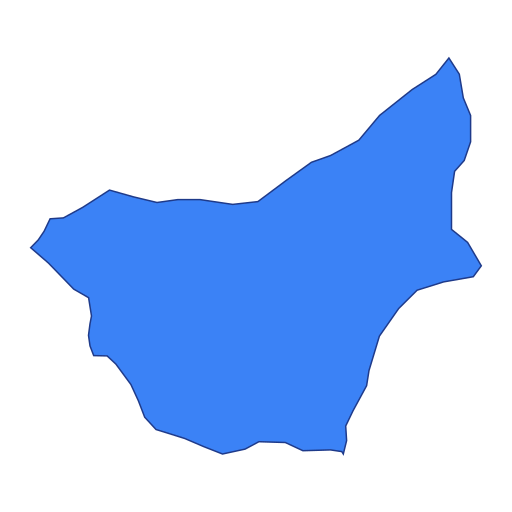 Eda, Värmland, Sweden
{"feature_id": "70781695B29968345732345", "entity_name": "Eda", "entity_type": "district", "adm_level": 2, "iso_a3": "SWE", "parent_name": "Sweden", "parent_adm1": "Värmland", "projection": "natural_earth1", "projection_center": [12.201, 59.829], "detail": "fine", "context": "isolated", "style": "filled", "palette": "blue", "viewbox_px": 512, "rotation_deg": 0, "n_neighbors": 0, "source": "geoboundaries", "source_scale": "gbopen_adm2", "svg_char_len": 905}
<svg xmlns="http://www.w3.org/2000/svg" viewBox="0 0 512 512"><path d="M343.3,454.0L346.6,440.6L345.7,426.0L353.0,410.8L366.6,385.7L369.0,370.5L379.4,336.1L398.7,308.5L417.1,290.2L443.6,281.9L473.3,276.7L481.3,265.8L467.6,242.4L451.5,229.4L451.5,192.6L454.6,171.3L464.2,160.5L470.6,141.8L470.6,115.5L463.3,97.9L459.3,74.2L448.9,58.0L435.9,74.3L412.2,89.5L379.6,115.4L358.8,140.2L330.6,155.5L311.4,162.3L286.1,180.5L257.9,201.6L232.7,204.4L200.0,199.6L177.8,199.6L157.0,202.5L133.2,196.8L109.5,190.1L82.8,207.3L63.4,217.9L50.1,218.8L44.1,231.3L38.2,240.0L30.7,247.7L48.5,263.1L73.7,289.1L88.6,297.7L91.5,316.0L90.0,323.8L88.5,335.3L90.0,345.9L93.7,355.6L107.1,355.9L115.9,364.1L130.9,384.5L138.4,400.8L144.7,417.2L156.0,429.5L184.8,438.5L203.7,446.6L222.5,454.0L245.1,449.1L258.9,441.7L285.3,442.5L302.9,450.7L330.5,449.9L341.8,451.6L343.3,454.0Z" fill="#3b82f6" stroke="#1e3a8a" stroke-width="1.5"/></svg>